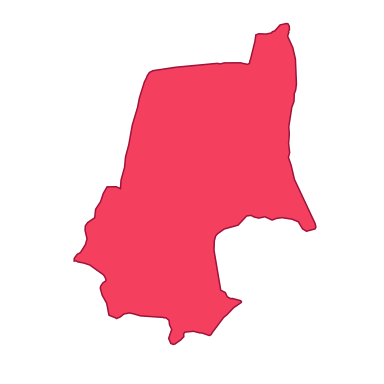 Quesada, Jutiapa, Guatemala, rotated 78°
{"feature_id": "79465075B71071315687381", "entity_name": "Quesada", "entity_type": "district", "adm_level": 2, "iso_a3": "GTM", "parent_name": "Guatemala", "parent_adm1": "Jutiapa", "projection": "orthographic", "projection_center": [-90.049, 14.283], "detail": "fine", "context": "isolated", "style": "filled", "palette": "rose", "viewbox_px": 384, "rotation_deg": 78, "n_neighbors": 0, "source": "geoboundaries", "source_scale": "gbopen_adm2", "svg_char_len": 1861}
<svg xmlns="http://www.w3.org/2000/svg" viewBox="0 0 384 384"><g transform="rotate(78 192 192)"><path d="M51.6,96.9L57.7,99.1L74.2,107.1L75.8,108.1L77.0,108.6L78.1,109.1L78.7,111.1L75.7,117.8L72.4,133.6L72.6,137.7L71.4,140.6L66.6,181.8L65.2,204.9L66.2,208.8L69.1,211.7L70.6,212.6L74.1,215.4L75.0,216.0L89.1,223.9L97.7,227.5L114.1,236.5L132.6,244.0L143.8,249.7L154.0,252.9L165.5,258.9L173.8,261.3L171.1,265.0L169.3,274.0L175.0,279.1L182.4,283.4L188.9,289.9L196.9,292.5L200.2,300.4L203.0,303.4L207.3,304.6L216.0,304.4L221.3,307.2L228.1,313.8L229.0,317.1L231.4,319.9L232.9,321.2L235.1,321.6L235.3,319.6L236.7,318.1L239.1,312.4L242.4,306.8L243.6,305.9L254.7,295.7L259.1,294.3L261.0,294.7L262.3,298.0L265.1,300.9L267.0,301.7L274.2,301.3L283.1,298.6L293.3,298.8L295.3,298.8L299.0,293.2L300.1,292.1L299.3,288.1L297.2,284.0L297.3,278.4L299.0,274.6L302.5,268.0L308.6,246.5L309.3,245.5L309.6,243.7L312.7,241.2L317.3,241.6L322.2,240.4L324.3,241.7L330.4,245.3L335.8,244.2L337.2,241.9L337.2,240.4L334.4,233.9L331.9,230.1L328.8,229.6L327.6,227.9L328.6,219.4L331.5,213.6L331.9,211.7L336.0,204.9L335.6,203.2L334.5,202.1L332.3,199.8L328.5,195.4L321.3,187.2L319.3,183.3L313.8,175.3L310.3,166.8L309.3,166.4L308.3,167.2L304.5,174.7L304.4,176.3L301.8,179.3L297.3,180.3L294.0,184.3L253.6,182.6L244.4,180.3L239.9,178.0L238.1,175.6L234.9,168.2L234.0,153.8L226.8,143.5L227.2,138.9L229.2,136.7L231.4,132.1L231.4,125.8L236.1,119.5L235.4,114.9L235.8,109.3L239.4,99.8L243.2,94.2L251.1,91.5L254.2,88.2L253.7,79.3L252.1,78.1L248.6,78.1L201.0,89.2L186.3,89.5L178.2,90.5L173.8,88.3L164.5,87.4L155.7,84.8L148.1,83.7L130.0,76.8L124.6,73.4L117.1,71.5L113.8,69.4L108.1,67.4L83.4,63.2L71.7,63.4L59.5,66.1L56.0,64.1L55.0,64.2L53.5,62.9L50.0,62.4L47.5,63.1L46.8,64.5L46.9,71.1L51.6,77.5L51.9,80.1L52.9,81.1L52.9,86.7L51.1,93.7L51.6,96.9Z" fill="#f43f5e" stroke="#9f1239" stroke-width="1.5"/></g></svg>